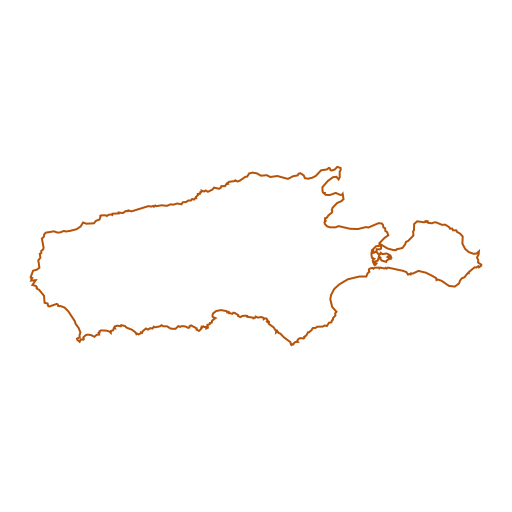 Kangaroo Island, South Australia, Australia
{"feature_id": "25037944B21501160534360", "entity_name": "Kangaroo Island", "entity_type": "district", "adm_level": 2, "iso_a3": "AUS", "parent_name": "Australia", "parent_adm1": "South Australia", "projection": "albers", "projection_center": [137.321, -35.824], "detail": "fine", "context": "isolated", "style": "outline", "palette": "amber", "viewbox_px": 512, "rotation_deg": 0, "n_neighbors": 0, "source": "geoboundaries", "source_scale": "gbopen_adm2", "svg_char_len": 6058}
<svg xmlns="http://www.w3.org/2000/svg" viewBox="0 0 512 512"><path d="M423.8,222.3L417.2,221.3L414.1,224.1L414.0,230.2L413.1,231.4L413.4,235.5L408.2,240.9L406.0,241.9L405.1,244.4L402.4,248.0L396.6,249.3L396.0,250.1L393.6,250.1L387.5,248.5L380.9,244.5L381.1,248.6L379.6,249.4L376.7,249.2L376.6,251.1L375.5,252.0L376.8,252.2L379.0,254.8L380.1,254.3L380.6,252.8L382.4,254.1L386.7,253.5L390.2,255.3L391.3,257.6L390.8,257.7L390.7,258.8L388.6,258.0L389.0,259.1L386.6,260.6L386.2,261.9L381.8,260.6L379.4,257.9L378.4,258.6L377.7,260.6L374.3,261.7L374.6,262.8L376.5,263.4L375.4,264.9L374.4,264.9L372.9,261.8L372.8,260.0L374.2,258.8L371.9,257.7L371.4,253.9L372.0,250.2L376.0,246.3L379.6,245.8L379.3,243.3L384.5,237.9L388.3,235.3L387.2,232.2L385.3,230.9L385.2,228.4L383.4,227.4L382.9,224.7L381.8,223.5L378.5,223.2L368.4,227.5L365.9,227.1L358.1,229.0L350.1,228.8L338.6,226.1L335.7,227.3L329.9,227.3L327.0,226.3L324.8,223.9L324.5,222.3L326.3,220.3L324.9,221.0L325.1,218.2L326.5,218.1L328.4,215.4L332.0,212.5L332.3,211.0L331.8,210.2L332.6,207.7L337.1,203.0L341.1,201.3L343.5,199.2L342.7,193.9L342.1,194.8L340.2,194.9L335.7,192.9L329.7,195.1L325.6,194.8L324.7,193.9L324.8,193.0L323.5,193.1L322.6,191.6L322.4,187.2L327.9,180.9L333.0,177.2L336.4,176.8L338.6,179.4L339.7,177.2L339.7,171.7L340.7,169.9L340.6,168.0L337.3,166.9L334.6,169.6L331.8,170.5L330.6,170.2L329.8,168.3L328.8,167.9L327.1,169.4L321.1,170.3L315.8,175.9L312.4,177.7L308.2,178.7L304.9,178.2L303.7,175.4L300.4,173.2L298.7,173.7L297.6,175.4L293.2,176.2L287.9,178.9L277.3,176.0L270.3,177.0L266.8,175.2L261.0,175.7L256.7,173.3L252.5,172.6L249.1,173.5L247.2,176.6L245.4,176.8L239.6,180.8L237.3,181.5L235.3,180.3L234.6,181.1L229.1,181.8L227.2,183.2L227.9,183.9L226.1,184.4L225.1,186.1L221.4,186.1L220.9,187.6L219.2,188.8L214.0,187.6L212.5,189.5L207.9,191.8L205.7,190.5L204.0,191.5L201.6,190.6L201.7,191.5L200.5,192.0L200.7,192.6L199.6,193.3L199.7,193.9L197.8,194.0L198.0,195.0L195.9,197.0L196.2,198.2L195.1,198.3L194.0,199.6L192.1,199.0L190.9,200.5L188.2,200.5L186.2,202.0L182.7,202.3L181.5,204.3L177.3,203.5L173.2,204.7L170.7,204.3L167.1,205.8L161.5,205.3L156.2,206.2L155.3,205.5L153.9,206.7L153.2,205.9L151.2,206.6L148.5,206.1L131.4,211.4L128.3,210.4L127.9,211.2L125.8,211.0L122.9,213.1L118.7,212.5L118.8,213.4L112.7,213.7L112.3,215.0L111.3,214.4L108.6,214.8L106.8,216.0L105.7,215.3L100.9,215.4L100.2,216.0L100.5,216.7L99.4,219.6L96.1,220.7L93.9,223.3L86.4,223.7L83.1,222.5L80.7,226.4L76.6,229.2L69.5,231.0L65.7,231.5L63.9,230.9L60.3,232.4L57.4,232.6L54.0,231.3L45.7,232.7L44.2,234.4L43.8,236.8L41.9,238.6L43.6,247.8L43.1,249.5L41.3,250.9L41.3,253.1L39.8,253.8L40.4,257.8L38.3,260.3L39.4,267.7L36.8,269.7L33.1,270.7L30.7,277.1L32.2,278.0L31.2,279.0L31.6,279.6L31.2,280.6L35.7,280.2L32.4,285.0L35.8,285.9L36.9,287.2L36.5,288.0L37.3,289.0L39.0,289.7L44.0,295.8L44.6,302.8L47.6,303.5L48.2,306.0L49.3,306.5L56.8,303.9L57.9,304.6L58.2,306.0L60.7,306.1L64.6,307.6L68.3,311.3L74.9,321.3L75.6,323.9L78.6,327.9L80.4,332.4L79.5,335.3L79.7,337.4L77.0,338.6L77.3,339.8L79.6,341.8L80.7,339.4L83.4,339.7L83.8,338.9L83.3,337.4L85.7,335.2L87.6,334.6L91.1,335.1L94.4,336.8L96.7,334.8L99.1,334.6L98.6,332.8L99.6,332.6L99.5,331.3L101.0,330.4L106.3,330.6L109.6,331.6L110.8,332.9L111.0,331.0L113.1,330.3L113.8,328.2L115.0,328.4L114.4,327.1L115.0,326.3L117.6,325.7L120.8,326.3L121.3,325.1L125.0,326.1L126.7,327.7L131.9,329.7L135.4,332.3L136.4,334.1L137.0,333.6L138.5,334.4L140.4,333.5L140.8,332.4L142.1,332.9L142.7,331.2L146.0,328.5L148.0,329.6L150.4,328.1L152.4,328.6L153.8,326.7L155.0,327.3L159.8,326.4L161.5,325.2L162.8,326.2L167.3,326.4L170.2,328.4L172.4,328.8L175.5,328.8L178.4,326.1L180.0,326.9L181.9,326.1L185.5,326.5L188.2,327.9L189.5,327.4L189.6,326.1L191.0,325.4L196.7,328.4L196.5,329.6L199.0,330.9L200.8,329.3L201.5,327.0L202.1,327.6L203.2,326.3L204.6,327.1L205.9,326.8L206.2,328.5L207.9,327.7L207.5,324.8L209.7,324.2L210.0,322.9L211.8,322.6L212.1,320.6L215.5,318.1L212.8,317.0L212.4,315.7L213.0,313.5L216.2,311.0L221.0,310.1L226.6,311.1L227.2,312.4L228.4,311.9L228.7,312.9L229.4,312.5L230.0,313.3L232.5,313.8L233.3,312.7L234.7,312.9L238.2,315.1L238.1,316.0L240.4,317.1L242.4,315.9L245.4,315.7L247.2,315.9L247.2,316.8L253.0,317.6L253.4,318.4L255.4,317.5L255.6,316.6L257.9,317.6L261.3,317.0L263.3,317.8L263.7,319.2L264.8,318.4L266.4,318.5L267.5,320.2L266.8,321.5L267.4,322.0L268.2,321.1L269.1,321.9L268.8,323.9L273.7,327.4L275.5,330.3L276.5,330.3L276.1,332.5L277.6,331.5L278.6,333.0L280.2,333.5L284.0,337.4L290.4,342.1L290.9,344.5L291.6,345.1L292.3,344.3L293.4,344.4L293.5,343.5L295.4,342.0L297.8,341.9L297.1,341.1L298.5,338.9L300.5,338.1L303.7,338.5L304.5,337.6L304.2,336.8L306.3,335.5L308.1,332.2L309.0,332.3L311.7,330.0L312.7,328.1L315.8,327.8L317.2,326.7L322.7,326.6L324.8,325.5L326.9,326.0L329.0,322.7L331.4,322.4L331.9,320.4L332.9,319.8L333.0,318.1L335.4,315.5L335.2,313.3L336.5,311.8L332.2,307.0L330.3,299.3L331.1,294.9L334.2,289.0L339.4,284.3L347.8,279.3L359.4,276.5L366.3,276.5L367.6,273.3L369.4,271.8L368.8,270.6L369.1,269.1L370.6,268.3L372.8,268.0L373.4,268.7L374.5,267.7L379.2,267.7L379.4,268.3L380.2,267.6L384.6,268.5L385.6,267.8L386.7,268.6L388.0,267.6L402.9,270.8L406.3,272.0L408.0,274.6L409.3,274.0L410.6,274.5L411.3,272.6L411.4,273.5L412.8,273.6L418.4,270.9L425.9,272.7L431.4,275.4L436.1,278.1L436.5,280.1L437.9,279.5L441.7,280.9L449.0,285.9L454.7,286.6L459.1,283.4L459.9,280.8L461.7,278.4L464.5,277.2L467.7,273.2L468.8,273.2L468.7,272.2L474.6,267.3L476.4,267.5L478.3,266.2L479.0,267.3L481.2,265.7L481.3,264.7L478.1,262.5L478.2,260.1L477.0,257.5L478.6,254.5L478.9,251.4L476.5,253.6L473.5,253.8L468.8,252.1L465.2,249.0L462.4,243.6L462.7,236.5L460.2,233.7L456.9,231.8L456.3,230.3L453.0,230.3L452.2,228.6L449.8,228.6L449.4,227.3L445.3,224.7L441.9,224.8L436.2,222.4L433.9,222.4L432.1,223.3L428.6,222.9L427.5,222.5L427.2,221.9L427.6,221.3L427.0,221.1L425.5,221.1L425.4,222.0L423.8,222.3ZM378.7,257.0L380.1,258.2L380.5,257.8L379.0,256.3L378.7,257.0ZM387.5,257.0L388.3,257.4L389.3,256.2L388.3,256.3L387.5,257.0ZM373.9,252.7L373.5,251.2L372.3,253.0L373.9,252.7Z" fill="none" stroke="#b45309" stroke-width="2"/></svg>